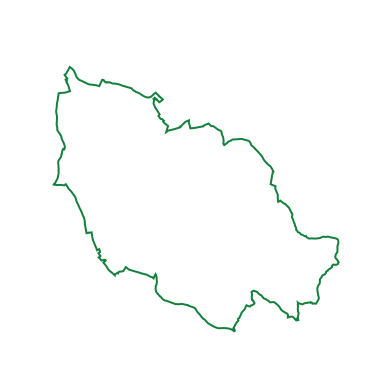 the district of Alunis, Cluj, Romania, rotated 169°
{"feature_id": "2599482B75339892502003", "entity_name": "Alunis", "entity_type": "district", "adm_level": 2, "iso_a3": "ROU", "parent_name": "Romania", "parent_adm1": "Cluj", "projection": "mercator", "projection_center": [23.748, 47.047], "detail": "fine", "context": "isolated", "style": "outline", "palette": "green", "viewbox_px": 384, "rotation_deg": 169, "n_neighbors": 0, "source": "geoboundaries", "source_scale": "gbopen_adm2", "svg_char_len": 5888}
<svg xmlns="http://www.w3.org/2000/svg" viewBox="0 0 384 384"><g transform="rotate(169 192 192)"><path d="M226.9,84.4L223.2,84.1L219.7,82.5L217.8,81.9L216.9,80.8L213.9,79.3L211.7,77.8L211.0,77.0L209.4,72.7L208.6,71.7L207.2,69.2L206.4,67.4L205.0,65.2L204.0,64.5L201.2,60.0L196.1,55.6L193.8,54.1L191.9,53.2L186.3,52.3L181.7,50.9L178.6,49.0L177.3,47.3L176.5,47.6L176.4,48.0L176.8,49.6L177.3,50.5L175.5,52.4L174.4,54.0L173.8,54.5L173.3,55.3L171.2,56.7L171.0,57.0L171.2,57.7L170.8,58.9L170.3,58.9L169.3,59.6L168.9,60.5L167.5,62.1L166.3,64.1L162.7,66.8L160.3,70.3L160.1,70.4L158.1,69.0L156.9,68.5L156.0,69.3L155.3,69.3L153.1,69.9L151.9,70.8L152.0,71.9L152.4,72.3L152.5,73.0L152.9,73.5L152.8,73.8L152.9,74.2L153.6,74.8L153.4,76.9L153.3,78.1L152.8,79.2L152.6,81.1L152.7,81.9L152.5,82.6L150.6,83.4L148.6,82.4L147.2,81.5L145.9,79.4L144.9,78.2L143.9,77.6L143.4,76.9L142.1,74.2L141.8,73.8L140.1,72.9L139.5,72.1L137.3,70.2L136.7,69.0L135.9,68.7L132.9,68.4L131.6,67.5L128.8,63.8L127.9,62.1L127.1,59.7L126.4,58.7L125.1,57.2L121.5,54.2L121.3,52.5L121.9,50.5L119.6,50.8L117.2,50.5L116.1,49.3L115.6,48.3L115.1,48.0L114.9,47.1L114.2,46.1L113.8,46.1L113.3,47.1L113.1,46.8L113.0,46.0L112.1,46.0L112.0,48.9L110.4,52.7L110.8,54.4L110.6,55.1L110.6,56.2L110.2,58.1L109.9,58.9L109.8,59.9L109.5,60.8L109.6,61.4L109.2,61.7L109.2,63.2L108.6,62.5L105.0,60.6L103.3,61.2L101.0,61.3L100.0,61.1L99.3,61.4L97.7,61.1L97.0,60.7L96.6,61.2L96.4,61.2L95.3,60.4L95.1,60.0L95.0,59.4L93.9,59.4L91.6,58.7L88.1,62.7L87.7,64.2L87.8,67.6L87.7,71.3L87.2,74.0L86.1,75.9L84.3,77.6L83.9,78.4L83.2,81.5L83.0,82.0L81.4,83.3L80.3,84.8L79.5,85.4L78.3,85.7L77.6,85.7L76.4,86.7L76.3,87.0L75.8,87.3L75.6,88.1L75.2,88.4L73.6,88.9L73.2,89.5L72.4,90.0L71.0,90.4L68.8,91.7L68.7,92.1L68.8,92.6L67.5,93.7L67.0,93.8L64.9,93.1L63.5,93.1L62.6,93.4L62.1,94.4L61.5,94.8L62.6,98.2L63.5,99.5L63.9,100.7L63.8,101.0L63.3,101.9L62.9,103.0L62.1,104.0L60.8,105.1L60.7,105.7L60.1,107.9L59.9,109.6L59.3,111.6L58.0,114.0L57.7,117.0L58.1,117.7L59.4,118.9L63.2,120.5L63.9,120.7L66.9,122.2L69.6,122.4L71.4,123.1L75.7,122.4L78.7,122.6L81.1,123.0L83.1,123.6L85.7,123.9L86.5,124.3L88.0,125.7L88.5,127.0L89.1,126.8L89.7,127.1L91.7,128.8L93.1,129.6L93.7,130.5L94.1,131.3L95.8,132.5L96.2,134.1L96.9,134.7L96.7,136.8L96.9,138.1L97.4,139.2L97.2,141.0L97.7,142.3L98.0,145.3L98.7,148.2L98.7,148.5L98.2,149.3L97.7,151.5L98.4,152.9L99.8,158.1L102.5,162.0L104.7,164.0L107.0,166.7L109.2,165.9L109.3,167.0L108.9,169.9L108.3,173.1L109.6,179.1L109.5,179.9L108.9,181.7L113.3,184.6L110.2,193.0L109.4,194.6L109.2,195.4L108.7,196.7L108.3,196.7L108.9,199.0L109.9,201.8L110.6,202.8L111.5,203.7L112.3,204.8L114.7,208.6L115.5,210.4L116.2,212.9L118.6,217.5L121.5,221.9L122.5,223.7L124.9,226.7L125.1,228.3L125.9,230.7L127.0,231.6L133.1,234.6L142.4,235.8L143.5,235.2L146.8,234.4L148.6,233.2L151.4,231.9L151.7,232.7L151.9,233.0L152.0,233.4L151.3,235.5L151.0,238.7L151.0,239.7L151.7,243.1L151.6,245.6L151.7,246.0L152.1,246.5L154.7,248.4L158.4,252.5L160.5,253.0L162.6,256.0L166.3,255.4L168.1,254.8L168.3,254.3L177.6,254.4L181.4,254.8L181.5,257.7L181.9,260.5L181.3,262.9L184.5,262.3L186.3,261.4L190.4,258.6L191.0,258.6L191.0,257.8L197.1,257.1L204.2,256.7L204.8,256.2L205.9,255.7L202.9,261.4L203.3,261.7L204.9,263.8L205.7,264.5L206.9,266.8L206.0,267.3L207.4,269.3L207.9,269.3L208.4,269.5L209.1,270.2L210.4,273.0L209.0,274.3L211.3,280.4L212.1,282.2L212.5,284.6L212.8,285.6L212.8,286.4L211.9,288.9L211.3,289.8L212.0,290.8L210.7,291.7L209.6,290.4L209.4,289.4L208.8,289.5L207.1,286.4L205.6,286.9L203.0,288.3L204.6,290.6L205.9,292.0L205.7,292.1L206.1,292.8L208.7,296.4L210.5,295.6L214.1,293.3L216.7,293.0L218.7,293.7L220.5,294.8L224.0,298.0L224.6,298.7L227.0,300.4L227.9,300.8L228.6,301.7L229.5,302.3L229.8,302.9L230.9,303.9L231.5,305.3L239.8,309.5L242.7,311.4L246.3,312.9L249.2,313.6L252.2,315.5L253.0,315.5L253.4,315.8L254.6,315.6L255.0,316.2L255.9,316.2L256.8,317.1L257.1,318.4L257.9,319.0L258.8,319.2L262.8,313.6L265.7,315.1L272.8,317.4L280.2,322.9L281.1,323.4L282.0,324.5L282.6,325.3L283.3,326.7L283.8,328.5L283.9,330.2L284.9,333.7L286.0,335.7L288.2,338.0L290.7,334.8L292.1,333.3L292.9,332.2L294.7,331.3L292.8,327.1L294.6,326.6L294.7,326.4L294.3,325.3L293.6,325.3L293.6,325.1L293.8,324.4L294.3,323.8L293.2,320.7L292.7,316.1L292.6,314.2L297.4,313.8L304.0,314.4L306.9,306.4L307.1,306.2L308.0,303.6L308.6,301.2L310.0,297.0L310.2,291.2L312.0,284.0L312.0,280.5L312.4,278.9L312.3,278.1L312.0,277.3L309.7,271.9L309.8,269.8L309.3,267.1L308.7,265.3L308.3,263.1L308.2,261.8L308.3,260.5L308.9,258.7L309.3,258.1L309.5,258.1L310.3,258.8L310.8,258.3L311.9,256.1L313.9,251.5L317.3,248.0L317.8,245.8L318.6,239.4L319.1,238.3L319.0,237.2L319.3,235.9L321.0,231.8L321.6,230.7L323.5,228.4L324.4,227.1L325.8,226.3L326.3,225.7L323.5,224.6L319.3,224.0L316.3,222.9L315.0,223.6L314.3,223.7L312.5,218.8L310.5,215.6L307.9,210.2L307.5,208.8L307.1,204.5L306.2,201.4L305.6,198.9L305.5,198.0L304.6,195.0L304.1,193.0L303.5,189.3L302.9,187.6L302.8,184.7L303.3,180.7L303.4,171.7L301.4,171.9L301.2,171.6L298.3,171.6L298.5,164.5L298.0,161.5L296.4,153.9L296.2,152.9L294.1,153.6L293.7,151.8L293.7,150.6L295.5,149.9L294.8,148.0L294.1,147.0L294.1,146.6L294.4,146.3L296.1,145.6L295.1,144.2L293.9,142.0L291.3,142.2L290.3,142.0L289.8,141.6L289.7,141.4L289.9,141.2L292.4,139.6L290.3,135.7L289.3,132.8L288.4,130.9L284.8,126.6L283.7,125.0L283.5,125.7L283.2,126.0L281.7,126.3L280.7,127.0L280.2,126.9L279.9,126.5L279.5,127.2L278.5,127.7L277.0,127.4L274.5,127.5L271.3,130.9L270.6,130.3L268.8,127.9L262.7,124.7L259.0,122.9L256.6,121.5L251.7,119.2L249.7,117.3L248.3,116.3L247.5,116.1L246.2,114.5L244.3,117.4L243.5,118.3L243.2,117.2L243.0,114.8L243.5,112.2L243.5,110.8L244.4,108.2L244.9,107.2L245.2,107.1L245.6,106.4L245.8,105.2L246.1,104.6L246.2,103.4L246.3,101.1L245.4,99.1L245.0,98.7L245.0,98.4L243.6,96.1L242.8,95.2L241.1,92.3L239.2,90.5L238.4,90.4L237.7,90.0L229.4,85.0L228.7,85.0L226.9,84.4Z" fill="none" stroke="#15803d" stroke-width="2"/></g></svg>